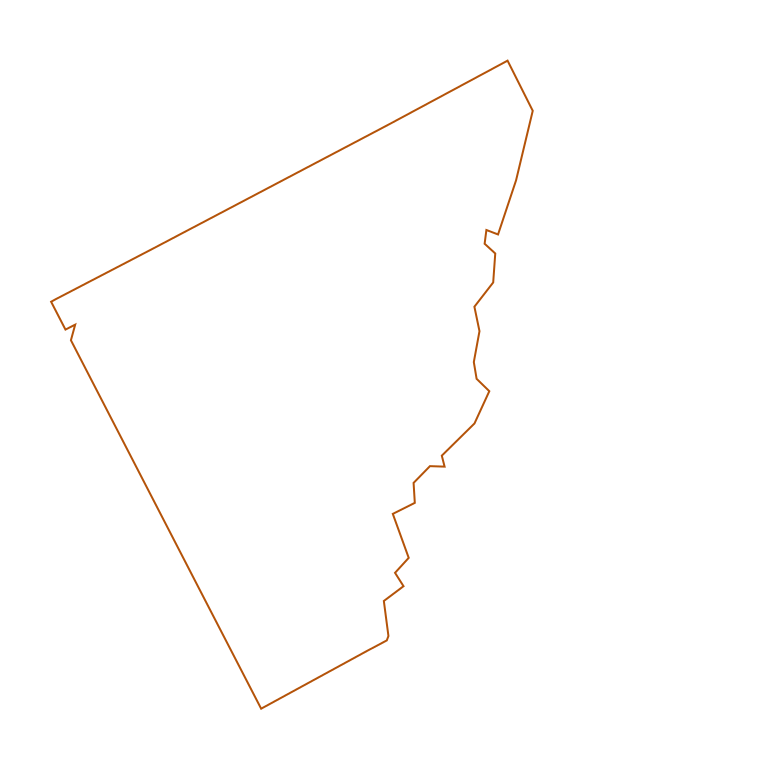 Mitchell, Georgia, United States of America (Natural Earth projection), rotated 152°
{"feature_id": "52423323B1848134729501", "entity_name": "Mitchell", "entity_type": "district", "adm_level": 2, "iso_a3": "USA", "parent_name": "United States of America", "parent_adm1": "Georgia", "projection": "natural_earth1", "projection_center": [-84.237, 31.26], "detail": "fine", "context": "isolated", "style": "outline", "palette": "amber", "viewbox_px": 768, "rotation_deg": 152, "n_neighbors": 0, "source": "geoboundaries", "source_scale": "gbopen_adm2", "svg_char_len": 610}
<svg xmlns="http://www.w3.org/2000/svg" viewBox="0 0 768 768"><g transform="rotate(152 384 384)"><path d="M523.6,612.0L634.1,613.0L639.3,612.9L639.7,581.6L628.8,581.4L639.9,569.6L643.3,290.9L644.9,155.0L524.2,156.3L501.9,156.3L498.4,159.4L486.0,192.5L461.7,196.3L462.9,212.1L443.8,218.9L437.2,265.2L412.6,264.6L404.3,282.8L382.0,289.9L369.3,282.6L366.6,293.6L322.6,306.7L294.4,328.2L299.8,345.1L294.4,361.2L274.9,385.8L267.9,409.8L239.9,422.4L224.5,447.0L229.3,460.6L221.3,471.9L213.1,462.5L171.8,501.8L124.4,555.4L123.1,611.5L257.6,610.9L523.6,612.0Z" fill="none" stroke="#b45309" stroke-width="2"/></g></svg>